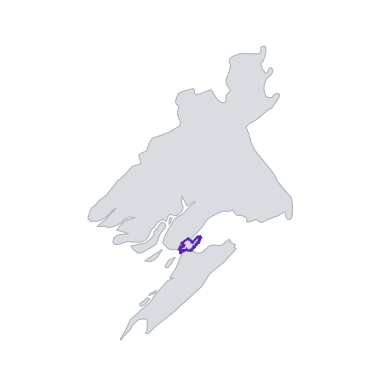 Feni, Chittagong, Bangladesh shown in context, rotated 53°
{"feature_id": "16705992B83268326466345", "entity_name": "Feni", "entity_type": "district", "adm_level": 2, "iso_a3": "BGD", "parent_name": "Bangladesh", "parent_adm1": "Chittagong", "projection": "equal_earth", "projection_center": [91.37, 23.021], "detail": "medium", "context": "in_parent", "style": "outline", "palette": "violet", "viewbox_px": 384, "rotation_deg": 53, "n_neighbors": 0, "source": "geoboundaries", "source_scale": "gbopen_adm2", "svg_char_len": 5556}
<svg xmlns="http://www.w3.org/2000/svg" viewBox="0 0 384 384"><g transform="rotate(53 192 192)"><path d="M143.0,271.7L143.0,262.4L138.2,244.3L138.4,242.3L137.5,233.5L136.3,228.7L135.7,223.5L138.6,216.1L137.5,214.9L131.0,212.7L130.2,210.8L131.7,203.5L127.0,196.6L125.2,191.5L130.3,174.9L131.7,163.4L131.3,161.1L128.3,158.6L122.9,157.5L119.1,155.4L116.8,152.1L115.0,150.8L112.6,151.8L109.6,150.5L107.2,147.3L105.1,143.4L106.0,139.1L110.0,128.9L111.5,128.6L114.8,130.6L116.1,130.6L118.4,126.6L121.6,115.2L132.5,116.1L135.1,115.8L137.9,114.9L139.4,113.4L140.2,111.6L139.9,110.0L136.6,107.9L135.3,106.3L134.4,101.7L133.5,100.0L126.9,99.8L123.5,97.7L121.6,95.8L118.3,89.6L114.2,85.0L110.3,83.9L108.8,82.4L108.0,80.1L108.5,76.7L110.6,70.1L121.5,56.0L121.8,54.4L121.4,52.6L118.2,50.4L118.0,49.2L119.0,46.3L120.8,45.9L124.5,48.6L128.2,53.0L130.5,56.8L130.5,59.9L133.5,60.5L135.9,61.9L138.5,61.5L140.2,62.2L141.3,61.9L141.7,60.2L139.6,55.7L140.6,53.9L143.1,54.0L144.9,55.6L146.2,59.1L146.4,64.4L149.3,69.2L153.1,72.6L156.1,74.2L159.7,75.3L162.9,74.2L164.4,70.9L163.7,67.9L164.2,65.2L165.5,63.7L167.4,63.8L168.9,65.9L173.0,77.4L172.2,82.5L173.0,96.5L171.9,105.8L172.6,109.3L173.3,109.9L179.7,111.7L188.9,115.3L196.0,116.7L228.0,115.7L235.0,117.5L256.4,116.1L262.2,119.1L268.6,123.9L272.2,127.4L272.8,129.5L272.4,131.2L271.2,132.2L269.0,132.2L264.0,129.9L263.2,130.6L263.1,136.2L259.0,150.1L258.5,154.4L257.0,156.1L252.8,157.0L250.0,165.2L248.9,166.2L246.1,164.4L244.3,164.7L242.2,165.4L240.0,167.3L238.5,169.6L236.8,170.4L230.8,170.3L229.7,174.1L225.7,179.0L223.0,192.2L223.2,196.2L226.5,206.7L228.8,220.3L229.7,221.7L230.9,221.8L230.9,215.6L232.0,214.8L233.4,215.5L236.3,223.9L237.9,226.0L240.4,226.6L243.2,225.4L245.3,222.9L246.2,220.2L245.4,211.0L246.8,207.3L251.7,201.7L252.4,200.0L252.0,190.9L253.9,190.6L256.3,191.3L259.5,189.1L260.4,189.1L261.7,191.4L264.0,191.0L267.3,209.2L267.6,222.1L268.4,229.2L269.6,230.8L273.4,241.6L276.9,279.4L277.4,303.5L278.9,311.7L277.7,313.6L276.5,313.9L275.4,311.0L267.4,304.9L265.5,305.6L262.8,309.1L261.7,312.4L262.2,317.0L263.1,321.6L265.0,324.2L265.1,327.1L267.3,338.0L266.6,338.1L262.3,328.2L257.0,318.4L255.3,301.0L255.1,292.4L251.5,282.3L248.2,264.8L249.6,258.6L247.1,261.3L243.2,250.7L237.0,240.4L235.2,235.9L235.1,231.4L232.4,235.9L228.8,239.0L225.1,243.7L222.6,245.2L214.9,246.0L210.4,239.7L203.9,224.3L203.1,220.8L203.9,211.8L202.4,203.2L202.0,195.7L200.9,196.3L200.4,198.4L200.6,201.6L200.2,204.3L189.4,202.5L194.0,207.0L198.9,208.1L201.5,212.1L201.6,218.8L196.7,222.9L197.2,226.3L200.0,230.4L196.6,231.6L195.6,234.3L195.5,238.2L197.9,244.1L197.5,246.5L201.6,254.2L202.4,258.0L201.3,263.2L192.4,273.9L189.9,281.5L187.7,285.1L184.9,285.7L181.6,282.1L181.6,278.4L182.3,275.5L186.9,268.4L184.4,269.4L177.2,275.2L175.9,270.5L175.0,266.1L175.0,260.7L178.5,252.7L174.5,256.7L173.4,261.7L173.9,267.6L173.4,271.8L171.8,277.2L169.7,280.5L166.3,282.6L164.8,285.9L162.5,288.2L161.8,277.2L159.4,262.4L158.9,265.6L160.1,274.8L160.0,280.8L158.1,285.5L154.4,290.6L151.5,291.3L149.8,290.5L144.5,282.9L144.1,275.6L143.0,271.7ZM208.5,271.8L201.8,273.6L198.5,273.1L204.8,259.7L204.6,253.8L203.6,248.9L200.4,245.0L200.3,242.2L198.8,238.4L198.1,234.0L201.7,232.5L204.5,235.1L205.5,240.1L207.0,243.9L211.9,251.7L211.8,256.5L210.4,268.3L208.5,271.8ZM222.6,267.5L218.6,271.0L219.9,250.0L222.9,257.8L223.7,262.0L222.6,267.5ZM238.0,257.0L236.2,258.5L234.6,257.1L232.5,252.2L233.5,246.0L234.2,245.1L236.7,251.4L238.0,257.0ZM252.9,301.4L250.6,301.7L249.5,300.2L250.0,298.1L249.4,291.2L252.3,290.5L253.4,296.3L252.9,301.4ZM250.4,282.3L248.7,289.1L248.0,286.1L249.2,280.1L250.4,282.3ZM203.4,227.5L204.0,229.7L200.4,226.8L199.4,224.8L201.0,223.8L203.4,227.5Z" fill="#d9dde1" stroke="#a8b0b8" stroke-width="1"/><path d="M238.7,227.4L238.0,226.7L238.0,225.8L237.4,225.6L237.7,224.6L237.3,224.6L237.7,223.6L237.0,223.7L237.2,222.8L236.8,222.8L237.2,222.4L236.8,221.4L237.0,220.9L236.5,220.8L236.7,220.3L236.3,220.3L236.6,219.8L236.5,219.2L235.9,219.0L236.4,218.2L235.8,218.4L235.6,218.1L236.1,217.8L235.5,217.6L235.8,216.9L235.5,216.6L236.1,216.5L236.0,215.9L235.3,216.1L234.7,215.6L235.2,215.5L235.2,215.0L234.9,214.4L234.3,214.8L234.0,214.5L234.7,214.1L234.2,213.1L233.9,213.2L234.1,212.4L232.9,212.3L232.7,212.7L232.8,211.8L232.4,211.1L232.5,212.6L232.0,212.2L232.4,213.0L231.8,213.1L232.1,214.0L231.5,214.1L231.8,214.4L231.3,215.0L231.6,215.1L231.3,216.2L232.2,219.8L232.1,220.7L232.7,221.4L232.5,222.2L232.7,222.3L231.9,222.8L231.0,222.1L229.9,222.1L228.7,223.1L227.4,222.5L226.7,222.8L226.6,223.6L226.9,224.5L226.5,227.6L226.9,228.3L226.8,230.2L226.3,230.4L226.3,231.0L227.0,231.6L227.4,230.7L228.3,231.0L228.6,230.4L229.1,230.6L229.8,230.0L230.3,230.9L229.9,230.8L230.0,231.6L229.3,231.6L229.9,231.8L229.7,232.5L230.2,232.4L230.2,233.1L229.7,232.7L229.5,236.0L230.0,236.3L230.8,235.7L231.2,236.5L231.4,236.5L231.8,236.7L233.0,237.9L233.2,236.8L232.8,236.4L232.9,235.9L232.3,235.3L233.1,233.7L233.4,233.7L233.9,234.3L234.2,233.4L234.5,233.0L234.9,231.9L234.4,231.8L234.5,230.9L234.3,230.6L236.3,230.6L237.0,230.0L237.3,229.2L236.8,228.6L236.9,228.3L237.3,228.5L237.5,227.8L238.3,228.3L238.7,227.4ZM234.5,233.3L233.9,234.4L233.2,233.8L232.7,235.1L233.8,236.5L233.7,235.6L234.5,233.3ZM229.4,234.9L228.7,234.9L229.3,235.9L229.3,235.4L229.4,234.9ZM229.5,234.7L229.6,233.7L229.0,233.7L229.3,233.3L228.7,233.5L228.7,233.8L229.2,233.9L229.5,234.7ZM231.2,236.5L231.7,237.0L231.9,236.9L231.2,236.5ZM234.0,236.9L234.0,237.6L234.1,237.9L234.1,237.4L234.0,236.9ZM229.4,233.5L229.1,233.5L229.4,233.5Z" fill="none" stroke="#5b21b6" stroke-width="2"/></g></svg>